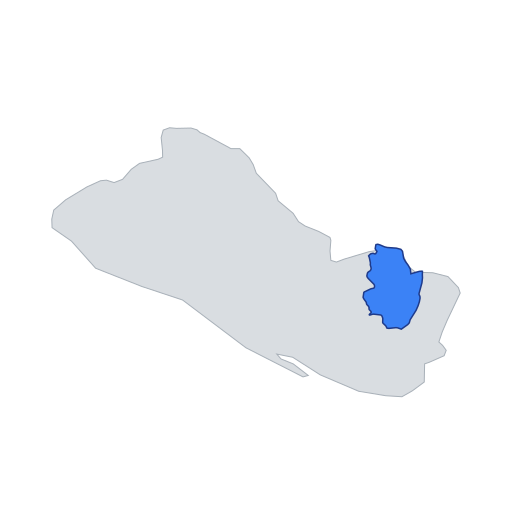 El Salvador, with Morazán highlighted, rotated 11°
{"feature_id": "SLV-1351", "entity_name": "Morazán", "entity_type": "Department", "adm_level": 1, "iso_a3": "SLV", "parent_name": "El Salvador", "parent_adm1": "", "projection": "mercator", "projection_center": [-88.158, 13.767], "detail": "fine", "context": "in_parent", "style": "filled", "palette": "blue", "viewbox_px": 512, "rotation_deg": 11, "n_neighbors": 0, "source": "natural_earth", "source_scale": "10m", "svg_char_len": 2744}
<svg xmlns="http://www.w3.org/2000/svg" viewBox="0 0 512 512"><g transform="rotate(11 256 256)"><path d="M177.5,145.5L181.9,146.3L211.0,155.4L219.6,153.7L230.6,161.0L235.8,166.8L240.5,174.7L263.3,190.7L267.2,197.6L284.3,207.0L291.2,214.2L298.5,217.2L312.8,219.9L325.1,223.7L326.5,226.4L327.7,237.0L330.3,246.0L336.1,246.6L343.2,242.2L366.1,230.2L387.9,222.2L400.1,227.0L407.3,237.0L415.6,241.5L432.8,238.7L448.4,239.6L460.7,248.4L463.5,253.4L456.0,282.5L453.3,295.0L451.9,305.5L456.3,308.2L460.7,312.3L459.7,318.0L446.3,327.3L442.1,329.7L445.2,347.6L435.2,358.5L426.1,366.3L410.0,368.4L382.7,369.2L341.7,360.4L311.4,348.4L295.1,348.3L300.2,352.3L313.1,354.8L330.1,363.3L325.2,365.7L263.6,348.0L192.3,313.2L149.7,307.7L100.9,298.6L72.0,276.6L50.4,267.1L48.5,258.8L48.7,249.5L58.5,237.1L76.9,220.4L89.0,211.8L94.7,210.1L102.7,211.0L110.4,206.2L117.0,194.7L124.0,187.3L141.5,179.7L145.5,176.8L144.1,170.3L140.3,157.8L140.9,150.1L146.7,146.6L153.5,145.9L167.8,142.8L174.0,143.4L177.5,145.5Z" fill="#d9dde1" stroke="#a8b0b8" stroke-width="1"/><path d="M373.3,221.2L375.9,221.5L376.3,221.6L380.5,222.5L383.3,222.6L392.3,221.5L396.9,221.8L398.9,223.4L401.4,230.1L403.9,233.1L407.1,236.0L410.0,239.4L411.4,243.9L419.3,239.9L421.9,239.2L422.3,239.3L422.9,242.8L423.6,245.7L424.0,250.7L423.2,261.6L423.3,262.2L423.4,262.6L423.6,263.0L424.4,264.0L424.6,264.4L424.8,264.9L424.9,265.3L425.1,266.4L425.1,269.8L424.6,273.9L423.5,278.8L419.5,289.1L419.2,292.4L418.0,294.4L412.6,300.1L408.8,299.5L407.1,299.6L400.3,301.7L399.0,301.8L398.1,301.7L397.9,301.4L397.6,300.9L397.4,300.6L397.0,300.1L396.4,299.6L393.9,298.0L393.5,297.7L393.2,297.4L393.0,297.0L392.5,293.8L392.3,292.9L391.6,291.7L390.9,290.7L390.3,290.3L389.6,290.1L382.9,290.6L381.9,290.8L381.0,291.2L379.6,292.0L378.7,292.3L378.4,292.1L378.4,291.8L378.6,291.4L379.6,290.0L379.8,289.6L379.8,289.1L379.5,288.6L379.1,288.2L377.9,287.4L377.5,287.1L377.2,286.8L377.1,286.4L376.9,285.9L376.9,285.3L376.5,284.6L375.9,283.8L374.2,282.6L373.6,281.9L373.3,280.9L372.7,280.0L370.5,278.0L369.6,277.0L369.0,276.1L368.8,271.6L368.8,271.2L369.0,270.8L369.3,270.5L375.0,266.3L375.8,265.9L377.1,265.4L377.5,265.2L377.8,264.9L378.1,264.6L378.2,264.0L378.2,263.4L377.9,262.3L377.5,261.6L377.1,261.2L370.5,256.7L369.5,255.8L368.9,255.1L368.8,254.7L368.6,254.2L368.6,252.5L368.7,251.4L368.8,251.1L368.9,250.8L369.1,250.5L369.7,249.8L370.0,249.5L370.3,249.3L370.6,249.0L370.9,248.6L371.1,248.2L371.3,247.8L371.4,247.3L371.4,246.2L370.8,244.7L370.1,243.4L369.8,242.6L369.8,242.0L369.5,240.6L367.4,235.7L366.5,234.4L367.2,233.2L368.3,231.9L370.4,231.0L371.9,231.3L373.0,231.0L373.9,228.6L373.6,228.1L372.0,226.7L371.6,226.0L371.5,222.5L371.6,221.9L373.3,221.2Z" fill="#3b82f6" stroke="#1e3a8a" stroke-width="1.5"/></g></svg>